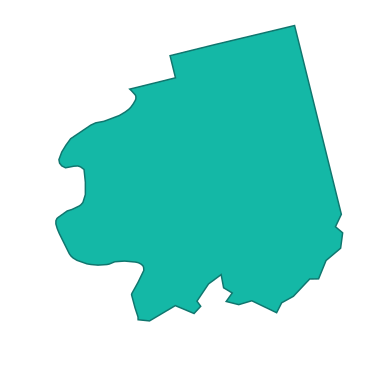 outline of Marshall, Oklahoma, United States of America, rotated 76°
{"feature_id": "52423323B10683524910186", "entity_name": "Marshall", "entity_type": "district", "adm_level": 2, "iso_a3": "USA", "parent_name": "United States of America", "parent_adm1": "Oklahoma", "projection": "natural_earth1", "projection_center": [-96.746, 33.999], "detail": "fine", "context": "isolated", "style": "filled", "palette": "teal", "viewbox_px": 384, "rotation_deg": 76, "n_neighbors": 0, "source": "geoboundaries", "source_scale": "gbopen_adm2", "svg_char_len": 1212}
<svg xmlns="http://www.w3.org/2000/svg" viewBox="0 0 384 384"><g transform="rotate(76 192 192)"><path d="M78.0,52.2L55.3,52.2L54.5,133.8L54.4,180.3L77.2,180.4L77.1,227.5L78.8,226.4L84.0,223.6L85.4,223.3L87.7,223.8L89.2,224.7L92.4,227.8L95.0,230.9L96.4,233.2L98.2,237.4L100.2,244.0L102.1,260.4L101.6,268.7L102.6,274.0L110.9,296.8L115.9,302.8L121.7,308.7L128.4,313.3L132.0,313.5L135.1,312.1L137.9,308.9L138.4,300.3L139.1,296.5L140.6,294.1L144.0,291.3L156.7,293.1L168.7,296.1L175.8,300.4L177.7,303.2L178.3,304.9L179.9,312.7L180.2,317.7L184.1,327.6L185.0,329.4L187.0,331.0L190.1,331.8L195.0,331.6L200.2,330.8L222.1,326.0L224.9,324.9L227.3,323.3L230.5,320.1L236.3,311.3L237.9,307.6L240.2,300.9L241.8,292.1L241.9,289.9L241.0,283.8L242.7,274.2L246.3,263.8L247.6,261.2L249.4,259.1L251.6,257.5L253.4,257.2L256.4,257.7L266.7,266.3L275.8,274.8L277.0,275.5L290.5,275.3L300.1,274.6L302.9,275.2L306.8,264.4L298.2,235.7L310.4,219.4L305.0,211.2L299.1,213.6L285.2,198.2L279.2,183.7L292.6,184.5L299.7,177.4L306.5,185.3L312.6,173.9L312.0,160.3L329.6,139.1L321.2,131.8L317.7,118.8L304.9,98.9L306.9,90.2L290.9,78.5L282.5,61.4L268.1,55.7L260.4,61.2L249.8,52.5L78.0,52.2Z" fill="#14b8a6" stroke="#0f766e" stroke-width="1.5"/></g></svg>